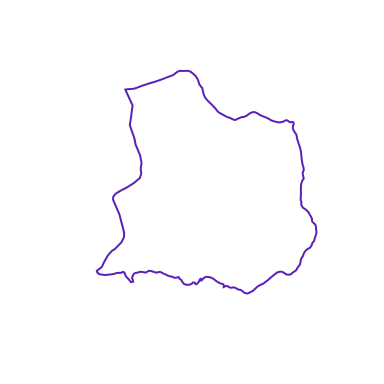 the district of North Tongoa, Shefa, Vanuatu, rotated 58°
{"feature_id": "77236927B34158198253981", "entity_name": "North Tongoa", "entity_type": "district", "adm_level": 2, "iso_a3": "VUT", "parent_name": "Vanuatu", "parent_adm1": "Shefa", "projection": "orthographic", "projection_center": [168.569, -16.896], "detail": "fine", "context": "isolated", "style": "outline", "palette": "violet", "viewbox_px": 384, "rotation_deg": 58, "n_neighbors": 0, "source": "geoboundaries", "source_scale": "gbopen_adm2", "svg_char_len": 3697}
<svg xmlns="http://www.w3.org/2000/svg" viewBox="0 0 384 384"><g transform="rotate(58 192 192)"><path d="M69.8,194.3L87.1,196.5L97.7,205.3L102.5,209.4L116.0,212.4L121.9,214.7L133.1,216.5L140.7,219.4L144.8,223.0L149.5,225.3L152.5,228.8L153.6,236.5L153.6,245.3L153.0,252.4L153.0,257.7L154.2,261.2L156.6,263.0L172.5,265.4L190.7,271.2L194.2,273.6L197.2,278.3L199.5,287.7L199.5,291.2L201.3,297.1L204.8,303.6L207.8,308.3L208.4,314.5L210.0,314.9L212.4,314.3L213.7,312.9L215.1,311.2L216.8,309.0L217.8,306.6L219.0,304.4L220.2,301.4L220.6,299.3L221.6,297.3L222.9,295.1L223.2,292.8L224.6,292.0L226.5,292.4L228.2,292.7L230.0,292.5L231.9,292.0L233.1,291.9L236.0,291.5L236.9,289.5L235.3,288.8L233.1,288.4L231.5,286.4L230.6,284.7L230.6,283.1L231.4,281.2L232.2,278.4L233.3,276.6L235.7,274.2L235.9,272.0L236.0,270.3L237.2,268.7L239.3,266.9L241.5,265.0L241.9,263.7L242.6,261.7L244.2,260.4L246.1,259.5L247.7,258.2L250.4,256.7L251.9,255.2L253.4,253.6L255.2,252.5L256.1,251.3L256.6,249.8L257.0,248.4L258.5,248.6L259.4,248.4L260.9,247.7L262.7,247.9L265.2,247.6L266.7,246.9L268.0,245.5L269.4,243.0L269.7,240.7L269.2,239.2L270.2,237.8L271.5,237.9L272.5,237.4L272.4,235.7L271.9,234.1L271.0,232.8L270.4,231.7L270.2,231.2L270.2,230.5L271.0,230.4L271.9,230.9L271.9,229.5L271.2,227.7L271.2,225.8L271.9,224.3L273.4,222.3L275.4,220.8L277.5,219.6L280.5,218.6L283.1,217.2L284.1,216.7L284.5,216.4L285.8,215.2L286.9,214.3L287.9,214.5L289.4,215.5L289.5,214.8L289.6,213.1L290.9,211.6L292.8,210.8L294.1,209.3L294.9,207.2L296.7,205.7L298.8,204.8L300.7,202.7L302.9,201.7L305.7,200.7L307.6,198.6L307.8,196.0L308.1,193.2L307.8,190.9L307.6,190.1L307.0,187.5L306.9,185.2L307.1,182.5L307.5,180.1L307.2,177.4L307.0,174.5L306.3,170.6L305.7,166.1L305.4,161.9L306.2,159.7L306.3,159.3L307.4,158.0L307.7,157.8L309.4,156.7L311.9,155.7L313.7,153.3L314.2,151.4L313.7,149.6L313.7,147.2L313.5,145.0L312.5,143.4L311.6,141.4L311.0,139.3L309.3,137.4L307.9,136.4L306.0,134.1L305.3,132.2L304.5,131.1L303.7,130.2L302.4,128.0L301.7,125.6L301.7,123.8L301.8,121.5L301.0,119.4L300.0,118.2L298.7,116.3L298.3,114.5L296.6,112.7L295.2,111.1L293.6,109.1L291.9,107.6L289.6,106.7L287.2,105.3L285.4,104.8L284.4,104.8L282.9,105.3L281.4,105.7L279.8,105.4L278.4,104.5L275.9,104.1L273.8,104.2L271.7,103.9L269.0,104.3L266.6,105.0L264.3,106.2L263.3,106.2L262.0,106.3L261.3,106.1L260.0,105.8L258.5,104.5L256.1,104.0L253.9,102.4L251.0,100.4L248.2,98.7L245.5,97.0L243.3,95.4L241.0,92.7L240.6,91.9L240.0,90.3L238.4,89.6L235.5,88.7L233.7,87.2L232.5,85.5L230.2,84.4L227.4,83.7L222.7,81.8L218.5,79.7L215.7,78.3L211.5,76.8L211.3,76.8L207.4,75.9L204.2,75.1L202.0,74.4L199.7,73.4L198.5,73.1L195.8,73.2L193.7,73.2L191.2,72.6L189.5,71.4L188.3,69.7L186.7,69.1L185.7,69.9L185.3,71.1L184.0,72.4L182.3,73.0L181.2,73.7L180.8,75.4L180.7,77.5L180.0,79.5L178.9,81.6L177.0,83.6L174.6,85.8L172.9,87.0L169.9,88.5L168.0,89.8L167.0,90.5L164.4,92.5L162.2,93.9L159.9,94.8L157.3,96.7L156.5,98.1L156.0,100.4L156.0,103.1L156.3,104.8L156.0,107.3L155.5,109.1L154.9,109.8L154.7,110.7L154.3,113.4L154.1,115.8L153.7,117.4L152.8,118.3L151.8,118.9L150.8,119.7L150.4,119.8L149.8,120.2L149.1,120.7L148.2,121.5L147.2,122.3L145.7,123.2L143.4,124.5L141.5,125.6L138.2,127.3L136.5,127.6L133.5,127.9L130.6,128.5L127.6,129.1L125.0,129.8L122.1,130.4L119.5,130.8L116.9,130.6L114.3,130.0L111.7,129.1L109.3,128.2L107.3,128.6L104.4,128.7L101.2,127.8L98.6,127.4L95.4,127.5L91.9,128.5L89.3,129.4L87.3,131.0L86.1,132.9L83.8,136.8L82.8,137.9L82.3,140.7L82.5,142.6L82.5,143.0L82.8,145.2L82.7,147.3L82.0,150.1L81.3,153.6L81.1,154.9L80.4,158.4L79.5,162.2L78.7,165.7L77.4,170.1L76.5,173.9L75.3,178.6L74.9,180.8L74.5,183.1L73.5,186.9L72.4,188.9L72.1,189.7L71.0,191.5L69.8,194.3Z" fill="none" stroke="#5b21b6" stroke-width="2"/></g></svg>